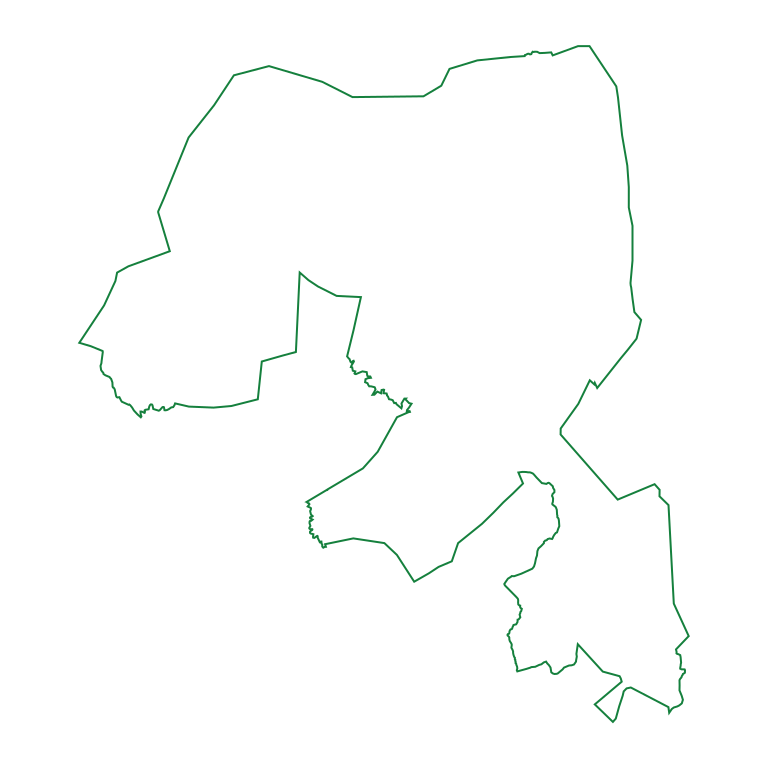 outline of Santiago Chazumba, Oaxaca, Mexico
{"feature_id": "50627088B38611852614507", "entity_name": "Santiago Chazumba", "entity_type": "district", "adm_level": 2, "iso_a3": "MEX", "parent_name": "Mexico", "parent_adm1": "Oaxaca", "projection": "natural_earth1", "projection_center": [-97.716, 18.178], "detail": "fine", "context": "isolated", "style": "outline", "palette": "green", "viewbox_px": 768, "rotation_deg": 0, "n_neighbors": 0, "source": "geoboundaries", "source_scale": "gbopen_adm2", "svg_char_len": 6083}
<svg xmlns="http://www.w3.org/2000/svg" viewBox="0 0 768 768"><path d="M597.2,388.0L620.9,358.1L627.7,349.9L636.3,339.0L636.6,338.5L641.1,319.9L634.4,312.1L632.6,299.2L631.2,287.5L630.7,285.3L630.5,283.0L632.5,260.7L632.5,225.8L628.8,207.5L628.8,187.1L627.3,165.6L622.1,135.4L618.0,97.5L616.3,86.4L589.5,46.1L578.1,46.1L552.7,55.4L551.2,52.4L544.6,52.9L539.6,53.1L537.2,51.8L534.8,51.7L533.7,52.0L532.7,51.7L531.7,53.0L531.3,54.1L530.7,54.3L529.7,54.3L528.8,53.7L527.4,53.9L526.4,54.6L524.9,55.1L524.7,56.1L510.6,57.0L477.3,60.4L449.5,68.9L441.3,85.7L423.5,96.3L352.5,97.1L322.2,81.8L269.0,66.1L233.9,75.3L214.1,105.2L188.6,137.5L163.8,198.5L158.2,211.4L158.2,212.4L169.8,251.2L128.4,266.3L117.1,272.6L115.4,281.0L104.1,305.4L79.3,342.8L90.8,346.2L102.6,351.0L102.8,352.0L101.6,361.1L101.4,363.2L100.5,365.9L101.1,370.0L102.3,371.8L103.2,372.6L103.5,374.0L105.4,375.3L109.5,377.0L110.4,378.2L111.1,378.8L112.4,382.4L112.6,386.7L113.0,387.5L113.6,387.6L114.7,389.3L116.1,396.0L116.7,397.1L117.4,397.5L119.4,397.2L121.0,400.4L121.8,401.7L128.6,404.8L129.3,404.5L130.3,405.3L132.1,407.5L133.9,410.5L137.5,414.4L140.8,417.3L141.4,416.5L140.6,413.7L140.5,411.5L141.4,411.5L143.0,412.1L144.4,412.9L144.6,412.9L145.0,411.7L144.6,410.4L145.3,409.8L148.6,409.3L149.3,406.5L149.9,405.2L150.8,404.4L151.9,404.5L152.5,405.3L153.3,409.0L158.8,410.7L159.8,410.1L162.5,407.1L163.7,407.0L164.0,407.5L164.5,410.2L165.6,410.3L167.1,410.0L168.9,409.1L171.3,407.4L173.2,407.1L174.4,405.3L175.1,403.4L188.9,406.6L213.6,407.6L231.4,406.0L257.8,399.3L261.8,361.5L282.9,355.5L295.9,352.0L299.7,272.5L308.4,280.1L318.0,286.5L336.6,295.9L360.9,297.1L353.6,329.9L347.1,356.4L348.8,358.5L349.5,359.0L350.5,361.8L351.6,362.7L352.7,361.2L353.6,360.8L353.9,361.5L351.5,365.5L350.9,367.1L352.2,367.4L352.8,370.7L355.3,371.4L354.5,373.5L355.1,374.0L355.9,374.1L362.4,371.4L366.7,372.1L367.3,375.8L368.1,376.4L370.3,376.5L370.9,377.8L367.8,378.2L365.5,379.2L365.1,382.2L367.5,383.2L368.3,385.0L369.2,386.3L370.9,386.3L374.2,387.1L374.8,387.4L375.5,389.4L374.6,391.3L372.5,394.8L374.4,394.7L377.3,391.6L381.0,393.3L381.6,390.0L383.6,389.6L384.1,389.8L383.5,393.2L386.6,393.5L387.0,394.8L387.0,395.4L388.0,396.6L389.0,399.2L391.1,399.6L392.7,400.2L394.2,403.1L395.9,402.9L396.5,404.2L401.4,408.3L402.0,406.2L401.5,403.5L404.4,398.6L405.8,398.6L405.3,399.1L409.1,403.1L411.5,403.7L409.0,407.6L407.0,410.1L406.8,411.6L408.5,411.1L409.6,411.1L409.9,411.9L408.7,412.1L397.0,417.2L377.7,451.8L362.9,468.4L327.4,489.5L327.3,490.0L326.9,490.1L327.0,489.8L306.7,501.9L307.0,502.0L307.4,502.7L309.1,503.5L309.3,503.8L309.4,504.3L307.7,506.5L309.9,507.5L310.9,508.1L311.0,508.8L310.8,509.8L310.2,510.8L310.2,511.4L310.9,514.3L311.7,515.7L312.4,515.7L312.7,516.1L312.1,516.6L310.4,517.1L310.0,517.5L310.2,518.4L312.6,519.6L311.2,520.8L309.8,521.1L309.6,521.5L309.5,523.1L310.4,525.9L309.3,527.8L309.3,528.4L309.7,528.9L310.4,529.2L312.3,529.2L312.4,529.5L312.2,530.0L310.4,531.2L310.0,531.8L310.0,532.3L310.1,533.0L310.6,533.5L313.4,534.2L313.0,537.0L313.2,537.7L314.4,537.9L316.8,536.1L317.3,535.9L317.6,536.1L317.7,536.4L317.6,537.5L319.9,542.4L320.2,542.5L320.8,542.1L321.1,541.5L321.4,541.5L321.6,543.7L322.3,544.6L322.2,546.2L322.5,546.9L322.9,547.2L323.1,547.6L323.4,547.7L324.5,546.9L325.9,546.8L325.1,544.2L353.3,538.4L384.4,543.1L396.9,554.9L414.2,581.7L428.9,573.3L438.6,566.9L451.8,561.3L458.1,543.1L482.0,523.8L493.4,512.7L503.4,502.3L512.9,493.5L523.0,483.5L518.4,472.5L522.4,471.9L526.0,472.0L527.9,472.3L529.3,472.3L530.5,472.5L532.0,473.1L533.0,473.6L534.0,474.6L536.6,477.6L541.9,483.1L546.4,483.9L547.8,483.0L548.7,482.8L549.5,483.2L552.8,486.3L553.1,487.9L554.4,490.0L554.4,492.2L552.6,494.0L552.0,495.9L552.6,496.9L553.1,498.6L552.9,501.8L552.3,503.5L552.3,504.1L552.5,504.5L555.5,506.8L556.0,507.7L556.8,509.8L557.1,514.8L557.4,515.5L557.3,517.0L557.4,517.4L558.0,517.8L558.5,518.6L558.9,520.5L559.3,526.2L558.3,528.5L557.0,532.4L555.7,533.0L554.1,535.1L553.1,536.9L552.6,538.3L552.1,539.0L549.6,538.5L547.6,539.1L546.8,540.1L546.1,540.4L545.3,540.5L543.9,541.9L543.9,543.2L540.9,546.3L538.5,548.4L537.4,551.1L537.0,555.5L536.0,558.3L535.0,563.3L534.0,566.5L532.3,568.7L521.3,573.7L514.2,576.2L511.6,576.1L511.1,576.7L507.9,578.7L505.6,582.0L504.3,584.0L504.7,585.0L505.3,585.8L516.5,597.2L517.8,598.7L518.1,599.7L518.2,600.7L518.1,602.3L518.3,604.5L519.2,605.3L520.2,605.6L520.1,606.9L520.6,608.0L521.8,608.8L521.2,611.1L520.3,612.2L520.3,613.1L519.6,614.6L520.3,617.3L518.8,619.2L518.2,619.6L517.6,619.7L517.5,622.0L516.2,624.3L513.5,625.0L513.0,626.3L512.6,627.0L512.1,628.7L511.6,629.2L510.6,629.4L510.0,630.2L509.5,631.3L509.4,632.8L509.1,633.6L507.8,634.2L507.5,634.8L507.6,635.5L508.9,636.7L509.3,637.6L509.3,639.0L509.5,640.1L509.9,641.3L511.0,642.9L511.7,644.3L511.7,645.5L511.4,647.5L511.6,648.2L512.4,649.5L513.1,651.4L513.1,652.9L513.5,654.9L514.2,656.9L514.9,657.8L514.8,659.2L515.4,660.0L515.2,660.8L515.7,661.9L515.5,663.0L516.1,663.5L516.3,664.7L517.1,666.7L517.3,668.4L516.8,670.2L517.3,671.4L526.4,668.9L530.5,667.6L531.3,667.1L535.2,666.8L539.2,664.9L541.4,664.3L543.8,662.4L546.1,661.6L547.2,663.4L548.8,665.0L550.5,667.5L551.3,672.3L552.9,673.5L554.5,674.0L556.8,673.8L557.8,673.4L562.6,669.4L564.0,667.6L569.0,665.5L571.6,665.3L574.0,664.5L576.0,661.6L576.1,660.3L576.8,656.6L576.4,653.9L577.8,644.2L602.8,671.6L619.6,676.2L620.8,678.5L621.7,681.7L594.8,704.4L612.9,721.9L615.8,718.6L619.2,706.3L622.7,695.7L623.7,691.4L626.6,688.4L630.8,687.5L668.4,707.1L669.2,712.8L671.8,709.0L673.8,707.5L677.4,706.4L679.3,705.4L681.8,703.4L682.9,699.8L681.7,695.8L679.5,690.4L679.6,685.2L679.5,680.2L680.0,679.1L681.5,677.3L681.7,676.4L682.1,675.6L682.5,675.2L682.9,674.0L683.4,673.8L684.9,672.7L685.0,670.2L684.6,669.4L681.4,669.3L680.2,668.7L680.2,668.0L680.7,665.2L680.7,664.4L681.1,662.7L680.6,657.1L680.2,655.1L678.4,654.2L677.2,653.9L676.5,653.4L676.6,652.0L676.0,649.4L688.7,636.1L673.8,603.6L668.5,505.1L659.5,496.3L659.6,489.8L654.6,484.2L617.7,499.6L560.6,434.5L560.7,428.5L578.3,403.9L589.8,380.3L594.3,384.4L594.8,382.9L597.2,388.0Z" fill="none" stroke="#15803d" stroke-width="2"/></svg>